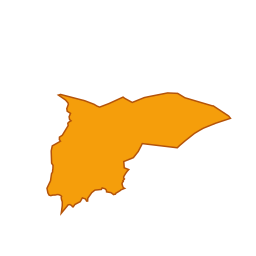 San Juan Chicomezúchil, Oaxaca, Mexico, rotated 248°
{"feature_id": "50627088B29629326931919", "entity_name": "San Juan Chicomezúchil", "entity_type": "district", "adm_level": 2, "iso_a3": "MEX", "parent_name": "Mexico", "parent_adm1": "Oaxaca", "projection": "natural_earth1", "projection_center": [-96.512, 17.275], "detail": "fine", "context": "isolated", "style": "filled", "palette": "amber", "viewbox_px": 256, "rotation_deg": 248, "n_neighbors": 0, "source": "geoboundaries", "source_scale": "gbopen_adm2", "svg_char_len": 1474}
<svg xmlns="http://www.w3.org/2000/svg" viewBox="0 0 256 256"><g transform="rotate(248 128 128)"><path d="M108.1,36.4L102.5,30.3L97.8,29.4L95.3,29.7L94.2,31.1L94.0,33.0L93.0,35.8L92.9,37.3L91.9,39.2L90.3,40.5L89.4,40.8L88.5,40.0L86.8,39.6L84.1,39.4L80.5,37.9L73.9,34.1L79.2,43.8L78.7,45.6L77.1,46.7L76.3,46.9L75.8,47.0L75.4,47.6L77.0,50.1L77.6,56.1L80.3,59.5L78.1,62.0L75.8,62.2L75.4,63.2L77.9,64.4L81.7,70.2L82.8,74.1L81.0,80.3L82.1,81.6L80.3,83.9L78.7,84.6L77.7,84.5L76.8,84.2L74.6,87.8L74.0,88.3L72.5,89.2L71.7,89.6L71.4,91.6L72.1,92.4L72.4,94.5L73.0,97.7L73.3,98.2L73.3,99.3L73.3,102.2L74.1,101.5L75.4,101.2L78.5,101.5L79.6,102.4L80.2,103.6L81.0,103.5L81.4,104.3L82.1,105.6L83.1,105.2L84.5,105.8L86.6,108.5L88.2,111.0L89.2,113.1L92.5,109.6L98.5,111.5L98.5,121.9L102.4,128.7L108.2,135.4L91.2,166.3L92.5,169.5L94.7,176.1L98.1,187.6L99.0,193.2L99.6,197.9L99.6,211.0L98.6,226.6L101.4,225.8L116.5,215.4L117.0,214.4L134.7,192.1L141.5,187.0L145.7,177.8L149.3,159.0L150.1,154.5L150.1,141.5L156.8,136.0L158.5,135.0L157.8,119.5L158.0,109.5L159.9,107.5L162.7,105.4L169.4,98.2L170.8,96.4L170.9,96.2L184.4,78.0L184.6,75.8L177.3,80.6L173.7,81.8L172.2,81.5L168.9,78.5L166.3,77.9L163.1,80.2L160.5,77.6L157.8,77.0L156.0,77.9L155.7,75.7L155.0,74.0L152.6,73.4L145.9,64.4L145.2,61.0L142.9,60.0L141.1,60.5L140.8,58.8L139.8,51.1L137.9,49.8L135.5,48.2L124.0,44.0L121.5,44.5L118.1,43.0L117.3,42.4L115.5,41.6L114.3,40.0L108.1,36.4Z" fill="#f59e0b" stroke="#b45309" stroke-width="1.5"/></g></svg>